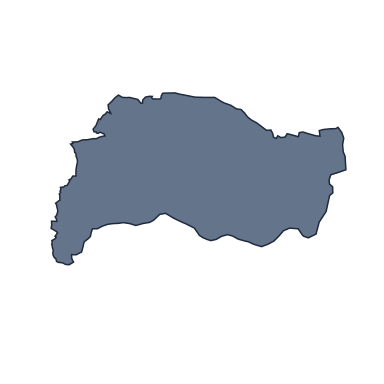 the district of Kato Drys, Larnaca, Cyprus, rotated 295°
{"feature_id": "46923920B44987911839727", "entity_name": "Kato Drys", "entity_type": "district", "adm_level": 2, "iso_a3": "CYP", "parent_name": "Cyprus", "parent_adm1": "Larnaca", "projection": "equal_earth", "projection_center": [33.295, 34.838], "detail": "fine", "context": "isolated", "style": "filled", "palette": "slate", "viewbox_px": 384, "rotation_deg": 295, "n_neighbors": 0, "source": "geoboundaries", "source_scale": "gbopen_adm2", "svg_char_len": 2730}
<svg xmlns="http://www.w3.org/2000/svg" viewBox="0 0 384 384"><g transform="rotate(295 192 192)"><path d="M71.9,98.5L71.7,100.4L73.1,104.8L72.9,107.9L74.1,111.3L78.4,114.3L80.7,111.3L84.3,109.3L86.1,113.5L91.0,117.3L97.1,116.2L101.1,115.3L106.5,118.0L108.9,118.7L112.5,117.8L116.6,117.3L118.6,121.7L123.4,125.4L127.2,129.4L130.0,133.8L132.3,138.2L135.3,142.9L137.1,149.1L137.9,155.2L142.9,161.1L146.5,166.4L150.3,169.2L158.1,172.2L161.5,177.1L160.5,186.9L160.4,195.0L160.6,200.0L160.3,209.4L155.8,217.1L155.2,221.4L155.4,225.9L155.9,229.6L159.2,233.9L164.3,237.5L168.3,242.1L169.3,247.4L168.8,253.8L169.9,260.4L170.7,264.1L170.7,270.1L171.9,278.2L176.9,283.0L182.2,287.0L188.6,289.3L195.6,291.3L197.3,292.8L200.6,295.8L203.5,303.8L199.6,310.3L199.1,312.0L199.6,316.8L205.8,321.8L206.7,322.3L208.2,321.8L218.5,320.0L231.1,321.8L242.0,319.3L247.0,318.2L250.7,320.0L256.2,317.2L257.3,313.3L260.7,311.2L266.2,310.5L272.7,317.5L277.2,322.1L289.1,315.6L292.3,312.1L298.5,308.5L304.9,306.8L309.3,302.5L312.3,297.0L310.1,295.4L307.9,290.9L304.2,284.7L301.4,281.4L296.7,284.4L295.3,280.6L294.0,273.0L293.3,267.3L291.2,264.1L287.1,265.0L286.0,258.6L285.1,253.6L281.2,253.2L278.9,249.6L279.2,246.0L276.1,245.7L276.1,242.7L279.0,240.6L281.5,237.4L279.4,233.4L280.7,227.5L282.0,221.4L282.4,215.1L283.5,210.6L285.9,206.1L287.5,201.6L286.1,197.1L287.0,190.4L286.3,183.8L286.5,179.9L287.3,172.5L283.0,163.3L279.3,154.8L276.5,143.5L275.5,139.6L274.6,134.6L272.9,131.3L270.9,127.1L269.1,123.7L266.3,123.5L263.5,124.3L262.2,122.7L259.8,117.0L260.5,115.4L261.8,115.6L260.8,113.0L258.3,109.7L254.5,108.5L251.6,109.6L250.8,108.2L253.0,103.8L252.2,99.8L251.3,95.4L249.8,92.6L248.3,88.8L248.8,84.4L244.7,82.3L240.0,80.9L235.5,79.1L231.9,81.4L228.9,85.2L228.8,81.2L225.6,80.3L223.8,79.0L218.9,78.3L218.8,76.5L215.7,76.7L211.5,76.9L207.1,75.8L205.1,77.8L206.0,79.7L205.1,80.4L205.5,82.2L207.4,83.4L207.4,87.9L206.0,89.4L204.5,87.1L201.8,84.2L199.8,82.7L198.8,80.2L195.0,74.8L193.0,70.8L191.5,69.3L189.2,67.3L186.7,62.4L185.7,63.6L184.1,61.7L182.9,64.2L182.0,65.9L180.6,67.6L178.3,68.9L178.1,70.1L177.1,71.0L175.5,71.7L174.3,73.1L172.6,74.5L170.5,75.6L167.6,76.2L163.0,77.5L157.4,80.1L156.0,77.2L152.9,76.9L151.0,75.4L150.7,76.5L145.3,76.1L143.8,74.1L142.3,73.6L140.6,70.8L139.4,71.9L136.9,72.1L136.1,73.1L134.3,72.5L132.2,74.1L130.3,74.9L128.7,75.7L127.4,74.8L125.6,73.9L124.2,73.1L123.5,74.3L121.7,75.6L119.0,77.8L117.3,78.6L113.8,79.1L111.5,78.5L110.4,80.4L108.2,81.9L106.2,77.0L102.8,78.8L99.5,79.7L98.9,85.8L98.2,87.3L93.9,86.6L93.6,88.0L91.9,87.7L90.3,86.7L88.8,85.5L87.0,86.7L85.1,87.0L84.6,87.7L83.6,88.3L81.8,89.6L80.5,91.0L78.5,91.4L76.8,92.3L75.6,93.3L74.2,95.3L74.0,96.8L71.9,98.5Z" fill="#64748b" stroke="#1e293b" stroke-width="1.5"/></g></svg>